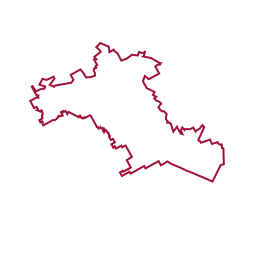 the district of Navojoa, Sonora, Mexico, rotated 331°
{"feature_id": "50627088B81752384557696", "entity_name": "Navojoa", "entity_type": "district", "adm_level": 2, "iso_a3": "MEX", "parent_name": "Mexico", "parent_adm1": "Sonora", "projection": "albers", "projection_center": [-109.481, 27.027], "detail": "fine", "context": "isolated", "style": "outline", "palette": "rose", "viewbox_px": 256, "rotation_deg": 331, "n_neighbors": 0, "source": "geoboundaries", "source_scale": "gbopen_adm2", "svg_char_len": 5246}
<svg xmlns="http://www.w3.org/2000/svg" viewBox="0 0 256 256"><g transform="rotate(331 128 128)"><path d="M99.4,167.0L108.1,167.0L108.1,169.1L116.1,169.1L116.4,169.0L117.5,169.1L123.7,169.1L123.7,171.8L123.8,171.8L126.6,171.8L133.4,171.8L138.7,171.8L138.7,176.6L146.3,176.4L147.1,177.8L148.1,179.8L148.8,180.7L148.8,180.8L153.8,187.2L157.2,191.7L157.4,191.9L158.2,193.3L158.3,193.5L159.6,194.8L162.1,197.9L176.0,215.8L191.0,205.4L194.3,206.1L198.6,197.7L199.4,196.2L201.6,192.1L200.5,191.2L201.6,188.3L201.7,188.2L201.8,188.2L201.9,187.9L201.2,187.9L201.1,187.7L200.9,187.8L200.6,187.4L199.2,185.2L199.4,183.8L193.8,182.7L194.1,177.8L192.3,177.6L184.6,176.2L184.6,174.5L183.9,174.0L183.8,172.5L194.9,164.4L195.0,164.0L194.6,163.9L194.6,161.6L194.1,161.6L193.8,161.7L192.8,162.1L190.4,163.4L188.2,163.2L185.6,163.8L185.8,163.2L185.6,162.9L185.4,162.6L185.3,162.1L185.3,159.2L181.9,159.2L177.2,156.6L176.4,157.1L175.7,153.8L173.0,155.8L172.7,159.7L172.2,159.2L171.4,158.4L171.4,158.1L171.4,157.8L171.5,157.6L171.5,157.4L171.7,157.2L171.3,156.6L171.3,152.5L171.3,152.1L171.3,151.9L171.4,150.7L169.2,151.7L165.9,153.1L167.6,144.8L167.4,144.7L167.1,144.5L167.1,144.1L167.0,143.9L166.9,143.8L166.6,143.7L166.3,143.3L166.2,143.0L166.2,142.7L165.9,142.5L165.6,142.4L165.5,142.2L165.4,142.2L165.4,142.3L165.2,142.4L164.9,142.3L165.0,142.0L165.3,141.8L166.0,141.7L165.9,141.3L165.7,141.0L165.7,140.9L165.7,140.7L165.5,138.6L165.5,138.4L166.1,137.6L166.1,137.2L168.0,135.2L168.4,135.0L168.4,134.9L168.3,134.3L168.3,134.2L168.4,133.6L168.2,133.3L168.1,133.1L167.7,130.9L167.3,130.6L166.4,130.4L166.1,130.2L166.0,129.7L165.8,129.5L165.4,129.1L165.3,128.5L164.9,127.7L165.0,126.9L164.8,126.1L164.7,125.4L164.6,124.8L165.1,124.4L165.4,124.5L167.0,123.4L167.3,123.4L168.2,122.9L168.8,122.9L168.6,121.9L168.4,121.0L168.0,120.1L167.8,119.9L167.7,119.8L167.1,119.0L166.8,118.7L166.3,117.9L165.7,116.9L165.8,116.2L165.6,115.6L165.5,115.4L165.3,114.8L167.9,114.4L165.8,111.3L168.6,109.4L164.8,103.7L163.7,102.3L163.7,99.2L163.7,94.4L167.9,90.7L169.9,95.4L181.7,95.5L181.7,87.5L182.1,87.4L183.7,87.1L184.6,87.1L186.8,88.0L186.9,87.6L187.5,87.3L187.9,87.2L187.4,86.9L182.0,77.9L177.0,73.7L176.2,73.0L176.3,73.0L176.4,72.8L176.9,72.5L177.5,71.9L180.4,69.0L179.0,69.8L176.7,69.3L174.5,66.8L171.8,69.3L171.1,68.8L170.6,68.5L166.9,65.8L164.6,66.2L160.5,66.7L154.8,65.8L155.1,57.6L153.4,54.0L153.4,52.5L149.4,52.6L148.5,52.6L149.4,50.9L150.6,47.6L144.9,40.2L139.5,42.0L141.0,46.2L141.0,48.2L133.1,49.4L133.6,52.5L131.5,51.6L131.6,58.0L129.5,58.2L129.2,59.1L129.2,59.6L129.4,59.8L129.1,60.0L128.5,59.7L128.4,59.6L128.0,59.6L127.8,59.7L127.6,59.6L127.4,59.5L127.2,59.6L126.9,59.9L126.7,60.1L126.7,60.3L126.7,60.5L126.1,60.9L126.0,61.2L125.9,61.4L125.8,61.7L125.6,62.1L125.6,62.3L125.7,62.7L125.8,63.1L125.8,63.3L125.8,63.5L124.6,66.2L120.2,65.4L115.7,63.4L115.7,58.9L115.0,54.6L114.7,53.7L103.6,53.8L103.6,57.4L103.6,59.5L100.2,60.9L84.4,55.4L83.3,56.1L80.5,52.3L87.6,49.2L87.7,47.0L84.1,46.8L79.9,46.4L77.1,43.5L71.5,47.2L75.7,51.6L75.5,52.0L74.8,52.2L74.2,52.5L74.0,52.9L73.9,53.1L73.6,52.9L73.5,52.7L73.4,52.7L72.9,52.5L71.3,52.1L70.2,51.6L69.8,51.6L65.1,51.4L64.9,45.2L63.9,45.2L63.8,51.4L63.9,54.8L65.4,56.1L65.1,56.4L65.0,56.6L64.2,58.1L63.3,57.0L55.6,56.9L55.5,65.2L58.2,65.2L58.2,68.7L57.3,68.6L57.8,69.1L58.4,69.9L58.7,70.4L59.6,71.4L59.9,71.6L60.3,71.5L60.4,71.1L60.5,70.6L61.0,70.7L60.5,74.1L60.0,74.4L59.8,74.5L59.6,74.7L59.4,75.3L58.4,75.9L58.3,76.0L58.2,76.2L58.1,76.4L58.1,76.6L58.3,77.3L58.2,77.6L57.9,77.9L57.8,78.1L55.7,78.2L54.2,78.2L54.1,80.6L56.2,80.6L56.2,81.7L55.5,82.8L55.2,83.0L55.2,84.6L57.2,84.6L61.1,84.7L66.2,84.6L66.8,85.1L67.2,85.4L67.9,85.5L69.8,85.5L70.2,85.4L71.0,84.8L71.3,84.7L71.9,84.8L72.0,84.8L72.4,84.7L72.5,84.6L72.7,84.0L72.8,83.9L73.0,83.8L73.6,83.8L73.8,83.8L74.2,84.5L74.3,84.7L74.5,84.8L76.8,85.4L76.9,85.5L77.0,85.4L77.0,81.7L79.4,81.7L79.3,82.7L81.6,82.7L81.6,86.4L83.7,85.0L90.2,94.7L90.4,94.6L91.4,93.7L91.5,93.7L92.1,93.8L92.1,94.7L92.3,95.1L91.9,95.8L92.0,96.1L92.1,96.3L92.3,96.3L92.5,96.8L92.5,97.2L92.6,97.3L93.0,97.2L93.3,97.3L93.3,97.7L93.5,97.8L93.8,97.6L94.3,97.6L95.3,97.5L95.3,98.4L101.0,98.4L101.3,98.3L101.2,98.4L101.3,98.2L101.4,102.3L101.3,112.0L101.9,112.0L101.9,113.4L102.0,113.3L102.9,113.8L103.0,113.8L103.2,114.4L103.9,114.1L103.7,114.5L104.5,114.6L104.4,114.6L104.9,115.8L105.0,116.0L105.5,115.9L105.7,116.5L105.8,116.5L106.0,116.5L106.1,116.4L106.2,117.1L106.7,117.1L106.6,117.4L106.5,117.7L106.5,117.8L106.3,118.0L106.2,118.0L105.9,117.9L105.9,118.9L105.2,118.9L105.3,118.3L104.9,118.3L104.9,119.9L105.1,119.7L105.3,119.7L105.8,119.5L106.0,119.4L106.9,119.2L107.1,119.2L107.4,119.1L107.4,119.4L107.5,119.4L107.5,120.0L107.8,120.0L107.8,120.5L107.7,120.5L107.8,120.6L107.7,120.8L107.8,120.9L107.8,121.7L108.4,122.5L108.1,122.8L108.4,123.1L108.2,123.4L108.3,125.6L107.8,125.6L107.8,126.5L107.2,126.5L107.2,129.5L107.2,130.2L109.6,130.2L109.6,132.0L109.6,134.2L105.6,134.2L105.6,137.5L107.6,137.5L107.6,137.9L107.2,138.2L107.6,138.2L107.6,140.2L113.6,140.2L113.5,142.1L117.4,142.1L117.4,155.1L111.3,155.5L111.3,159.8L111.3,161.0L111.3,163.9L108.2,163.9L108.2,164.1L108.3,164.2L108.0,164.2L108.0,163.9L102.6,163.9L102.6,162.9L99.4,163.0L99.4,167.0Z" fill="none" stroke="#9f1239" stroke-width="2"/></g></svg>